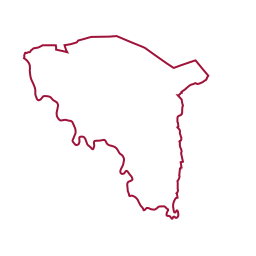 Cu Chi, Hồ Chí Minh city, Vietnam (Equal Earth projection), rotated 169°
{"feature_id": "81297802B99873561685500", "entity_name": "Cu Chi", "entity_type": "district", "adm_level": 2, "iso_a3": "VNM", "parent_name": "Vietnam", "parent_adm1": "Hồ Chí Minh city", "projection": "equal_earth", "projection_center": [106.516, 11.037], "detail": "fine", "context": "isolated", "style": "outline", "palette": "rose", "viewbox_px": 256, "rotation_deg": 169, "n_neighbors": 0, "source": "geoboundaries", "source_scale": "gbopen_adm2", "svg_char_len": 5763}
<svg xmlns="http://www.w3.org/2000/svg" viewBox="0 0 256 256"><g transform="rotate(169 128 128)"><path d="M128.4,44.6L128.2,44.3L127.8,44.3L127.3,44.3L126.6,44.8L125.8,45.4L125.0,45.8L124.8,45.9L124.5,45.9L123.2,45.5L121.1,44.0L120.1,43.6L118.8,43.1L118.0,42.9L117.3,42.9L116.7,43.0L116.4,43.1L115.1,43.6L113.8,44.5L113.0,44.8L112.4,44.9L111.8,44.9L109.7,44.6L107.5,44.2L107.2,44.0L106.8,43.7L106.4,43.2L105.5,41.8L105.2,41.4L104.4,40.7L104.2,40.3L104.2,40.1L104.3,39.7L104.5,39.4L105.4,38.4L105.8,37.8L106.5,36.4L106.7,35.9L106.7,35.6L106.7,35.2L106.7,34.9L106.6,34.6L106.2,34.3L104.5,33.8L104.1,33.6L103.8,33.4L103.6,33.1L103.3,32.6L102.9,31.7L102.4,30.8L102.2,30.6L101.6,30.6L100.9,31.7L100.6,32.0L100.0,32.2L99.7,32.2L99.2,31.9L98.4,30.8L98.0,30.6L97.8,30.6L97.3,30.6L96.7,30.9L96.1,31.4L95.6,31.9L95.4,32.5L95.1,33.2L95.0,34.1L95.0,36.4L95.1,37.0L95.3,37.4L95.5,37.7L95.8,37.8L96.0,37.7L97.4,36.3L97.8,36.1L98.0,36.1L98.5,36.3L98.7,36.6L98.8,36.9L98.9,38.0L98.8,39.6L98.8,41.6L98.7,42.3L98.4,43.8L98.0,45.0L97.4,46.2L96.9,47.2L96.2,48.1L95.0,49.5L94.5,49.9L94.0,50.1L92.7,50.1L92.5,53.9L92.9,54.7L91.6,55.6L90.9,57.0L90.8,57.4L90.8,59.1L90.6,60.1L89.8,63.9L89.6,65.1L89.6,66.4L89.5,66.6L88.7,67.2L88.1,67.9L87.0,69.6L86.8,70.1L86.6,71.2L86.8,71.5L84.8,78.1L84.2,78.0L83.8,79.0L83.0,79.0L82.8,84.4L80.5,84.4L80.6,89.1L80.7,93.1L80.6,93.4L80.4,93.7L79.9,94.5L79.8,95.0L79.9,96.9L80.4,99.5L80.5,100.2L80.3,101.2L80.3,102.1L80.0,102.8L79.9,103.7L80.1,104.7L80.1,105.0L79.7,105.4L78.8,105.4L78.6,105.6L78.2,106.1L77.8,106.9L77.5,108.2L77.5,108.7L77.8,109.2L77.8,110.1L77.8,110.5L77.8,111.1L78.0,111.9L78.1,112.5L78.0,113.5L77.7,114.4L77.6,115.1L77.6,115.7L77.8,116.5L78.0,117.1L78.9,118.5L79.3,119.0L79.4,119.3L79.2,119.4L78.6,119.6L78.3,119.7L78.2,120.0L78.0,123.6L78.1,124.0L78.3,124.4L78.3,124.7L77.5,128.6L77.2,129.3L76.2,130.1L75.0,130.4L73.7,130.6L72.5,131.5L72.5,131.9L72.1,132.3L71.8,133.3L71.0,136.9L70.6,138.1L70.5,138.5L70.0,139.1L69.8,139.5L69.8,140.2L70.0,141.3L70.0,141.8L70.0,142.9L69.9,145.7L72.9,150.6L72.4,150.5L71.9,150.6L70.6,151.3L69.5,152.2L68.5,152.3L68.6,153.2L66.8,154.1L65.0,154.8L62.1,156.5L59.4,158.0L57.8,158.5L55.8,158.6L53.4,159.2L53.0,159.0L52.0,158.2L51.2,157.9L49.6,158.0L47.9,158.3L45.7,158.9L44.4,159.5L43.5,160.0L42.5,160.1L41.3,161.3L41.3,161.6L41.0,162.2L40.0,163.1L40.0,163.3L39.2,164.0L43.4,171.5L48.6,181.1L48.8,181.5L51.5,181.2L60.2,180.0L63.3,179.6L71.2,178.3L71.6,178.3L71.9,178.4L78.0,184.4L87.9,194.7L96.2,203.5L98.4,205.0L104.5,209.0L106.9,210.5L121.6,220.4L124.1,220.7L125.0,220.8L128.5,221.2L141.6,223.5L143.2,223.8L144.1,224.0L146.0,224.3L146.8,224.4L149.6,224.2L154.1,223.8L160.1,223.4L160.3,223.3L161.6,222.1L161.9,221.9L162.3,221.8L167.0,221.3L168.9,221.2L174.5,221.4L173.9,216.3L173.6,215.3L173.2,214.0L177.2,215.9L183.6,218.6L183.2,220.9L183.1,223.0L184.4,223.2L186.1,223.6L196.0,225.5L196.8,225.2L197.9,224.9L199.0,224.6L200.3,224.2L201.1,224.1L203.7,224.2L205.3,224.2L205.8,224.1L206.0,224.0L207.5,223.1L208.3,222.8L208.6,222.5L209.6,221.4L209.9,221.2L210.4,221.2L211.1,221.4L211.6,221.4L213.2,221.0L213.4,221.0L213.6,221.1L214.0,221.3L214.3,221.4L214.6,221.4L215.5,220.0L216.0,219.0L216.1,218.8L216.1,218.3L216.1,217.6L216.2,217.4L216.5,216.9L216.8,216.4L215.6,215.1L214.5,213.8L213.9,212.8L213.4,211.6L212.9,210.6L212.7,209.5L212.5,208.1L212.6,207.2L212.7,206.3L212.9,205.1L213.4,203.4L213.5,202.8L213.8,199.4L213.9,197.6L213.9,196.4L213.7,194.3L213.5,193.4L212.2,188.1L211.8,185.6L211.7,183.6L212.0,181.5L212.5,179.2L212.5,177.7L211.9,174.2L211.6,173.3L211.2,172.8L210.9,172.5L210.5,172.3L210.0,172.3L209.0,172.5L208.3,172.7L207.4,173.4L205.7,174.9L205.0,175.3L204.2,175.3L202.8,175.1L200.9,174.5L199.4,173.9L198.8,173.5L198.3,173.1L197.7,172.3L197.0,171.1L196.1,169.6L193.4,167.2L192.8,166.4L192.5,165.5L192.3,164.3L192.3,163.9L192.5,163.0L193.8,159.8L195.0,157.0L195.3,156.1L195.4,154.9L195.5,153.4L195.4,152.7L194.9,151.2L194.5,150.3L193.7,149.1L193.4,148.7L192.5,148.2L191.7,148.1L189.0,148.1L188.1,148.0L187.0,147.6L185.4,146.8L183.2,146.0L182.8,145.8L182.2,145.4L181.6,144.7L181.0,142.6L180.3,139.4L180.0,138.0L179.9,137.1L180.0,135.0L180.2,134.1L180.4,133.3L180.6,132.7L182.1,130.5L183.3,128.6L184.3,127.2L184.7,126.5L184.9,125.9L184.7,125.1L184.5,124.6L183.1,122.0L182.5,121.4L181.9,121.1L181.2,121.1L180.2,121.3L179.7,121.5L179.2,122.1L178.7,122.8L178.2,124.0L178.0,125.4L177.9,126.6L177.7,127.5L177.5,128.0L177.1,128.3L176.4,128.5L175.1,128.4L174.3,128.2L173.2,127.6L172.8,127.1L172.0,125.5L171.9,125.1L171.3,121.0L171.1,120.0L170.8,119.2L170.4,118.6L168.3,116.1L167.5,114.6L167.1,114.1L166.7,114.0L166.5,113.9L166.2,114.0L165.8,114.6L165.0,116.0L164.6,116.9L164.4,117.7L164.3,120.0L164.0,120.9L163.7,121.2L163.2,121.6L161.3,121.5L158.2,121.0L154.6,121.0L153.9,120.9L153.3,120.7L152.7,120.0L152.4,119.2L151.7,116.8L151.1,115.9L150.1,114.9L148.8,114.2L147.6,113.7L145.3,112.4L144.4,111.7L143.3,110.4L142.8,109.5L142.1,107.7L141.5,105.7L141.0,104.7L140.8,104.3L140.1,103.5L139.1,102.6L138.7,101.9L138.3,100.9L137.8,98.7L138.0,97.5L138.8,95.3L139.7,93.2L140.3,92.1L141.7,90.4L143.0,88.7L143.8,87.0L143.9,86.4L143.9,86.0L143.8,85.4L143.3,84.6L143.1,84.4L142.9,84.2L142.3,84.0L141.0,84.0L139.9,84.6L139.3,85.2L138.6,85.9L138.1,86.2L137.7,86.2L137.0,85.8L136.6,85.1L135.2,82.1L134.0,79.9L133.7,79.2L133.5,78.4L133.4,77.7L133.4,76.9L133.5,76.6L133.9,76.2L134.7,75.8L137.0,75.3L138.1,75.0L138.8,74.3L139.4,73.2L139.6,72.3L140.0,68.2L140.2,66.6L140.2,66.0L140.0,64.9L139.8,63.9L139.7,63.3L139.7,61.8L139.7,61.4L139.6,61.1L139.3,60.9L139.1,60.8L138.8,60.9L138.2,61.0L137.6,60.9L136.9,60.8L136.3,60.5L135.2,59.7L134.1,58.7L133.2,57.6L132.2,55.8L131.3,52.2L130.9,50.9L130.5,49.6L130.1,48.8L129.3,47.5L128.7,46.3L128.6,45.7L128.5,45.2L128.4,44.6Z" fill="none" stroke="#9f1239" stroke-width="2"/></g></svg>